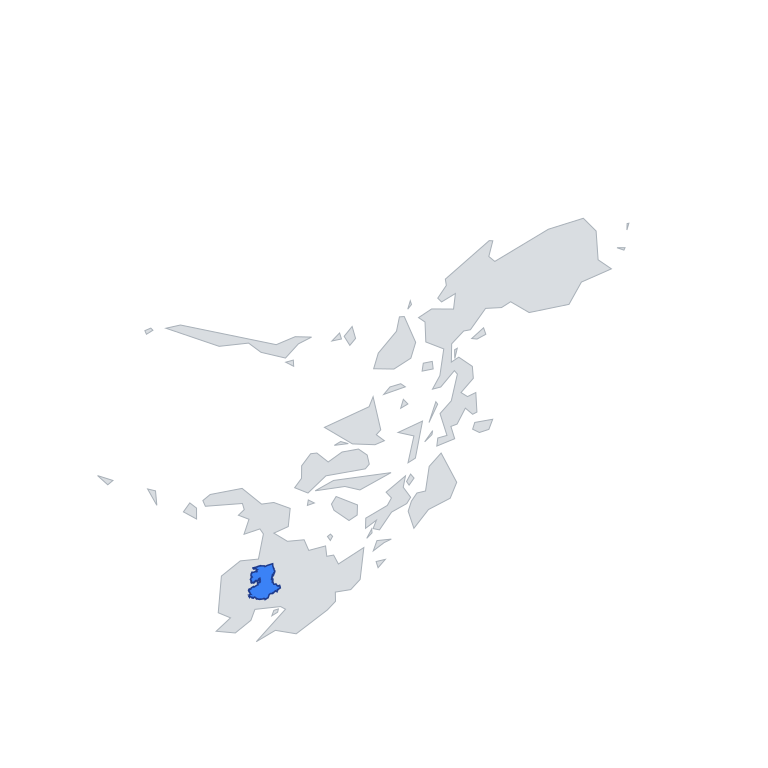 location of Cotabato, Cotabato, Philippines, rotated 59°
{"feature_id": "2640588B30235147478886", "entity_name": "Cotabato", "entity_type": "district", "adm_level": 2, "iso_a3": "PHL", "parent_name": "Philippines", "parent_adm1": "Cotabato", "projection": "natural_earth1", "projection_center": [124.836, 7.183], "detail": "fine", "context": "in_parent", "style": "filled", "palette": "blue", "viewbox_px": 768, "rotation_deg": 59, "n_neighbors": 0, "source": "geoboundaries", "source_scale": "gbopen_adm2", "svg_char_len": 8784}
<svg xmlns="http://www.w3.org/2000/svg" viewBox="0 0 768 768"><g transform="rotate(59 384 384)"><path d="M362.1,123.4L387.8,136.5L402.4,129.8L398.3,162.3L411.0,184.4L397.5,222.8L378.7,233.1L379.0,243.9L371.5,258.0L382.0,282.0L379.6,288.4L384.4,305.3L399.9,315.0L399.5,306.1L414.4,299.2L425.1,304.5L431.0,322.4L437.8,318.9L438.6,309.7L455.9,318.8L455.6,323.6L446.6,326.7L456.0,342.0L454.8,348.5L467.3,351.6L464.4,370.7L458.0,365.7L460.5,356.5L438.2,351.2L433.1,335.0L413.3,316.0L408.8,316.8L415.8,336.9L413.4,345.1L405.6,331.8L384.7,314.7L369.5,326.5L352.0,316.9L344.9,320.2L344.2,304.5L355.6,285.8L343.2,276.2L343.3,292.4L338.1,293.7L331.6,279.8L325.7,277.4L315.3,220.0L317.3,217.0L328.7,228.5L336.0,225.9L336.0,163.4L344.6,127.8L362.1,123.4ZM513.8,485.5L539.2,505.1L543.1,518.4L537.3,532.9L545.3,537.5L548.5,548.9L552.9,587.9L539.2,604.0L539.1,626.2L526.3,584.4L521.5,587.3L510.7,610.7L518.0,619.8L520.8,639.7L509.5,655.2L505.4,636.0L494.7,643.9L464.9,622.3L461.6,598.3L469.4,581.8L450.4,564.6L444.3,565.0L440.7,581.4L430.4,569.4L421.5,576.4L419.7,568.5L413.5,566.9L396.8,600.1L390.6,599.3L389.2,589.9L400.4,559.4L423.9,550.8L428.8,539.5L442.3,528.5L456.9,539.5L455.1,555.2L469.1,547.8L476.4,532.7L487.9,534.2L492.7,517.5L502.2,521.8L504.7,515.3L514.8,515.8L513.8,485.5ZM438.3,505.3L426.9,514.0L422.4,503.3L411.7,496.7L406.0,482.8L408.6,477.1L422.1,472.0L420.7,455.0L426.6,439.4L436.2,435.0L445.1,437.9L447.1,443.7L432.8,481.1L438.3,505.3ZM505.7,372.3L516.0,386.1L514.5,410.5L523.1,432.7L505.5,428.8L498.5,420.8L494.4,411.9L497.1,403.5L477.9,387.7L472.6,370.6L505.7,372.3ZM389.3,399.9L421.6,410.4L423.5,416.7L432.8,412.9L431.4,423.0L419.1,441.9L390.5,457.4L395.8,408.5L389.3,399.9ZM266.8,505.9L223.9,542.2L228.6,528.1L294.8,456.1L297.7,435.8L306.5,421.9L305.5,436.7L311.0,455.1L293.5,473.1L279.2,479.0L266.8,505.9ZM336.6,331.9L364.6,335.4L375.7,347.7L376.3,367.8L365.6,385.0L354.6,373.0L345.2,346.1L334.4,336.2L336.6,331.9ZM482.4,420.7L494.8,419.5L498.2,426.1L497.7,443.5L506.7,463.0L502.3,467.8L496.8,460.6L498.2,474.2L489.6,468.7L489.8,443.7L485.5,436.3L477.8,437.9L473.8,412.9L482.4,420.7ZM440.1,498.0L440.7,476.9L463.6,423.6L462.4,459.2L451.7,470.3L440.1,498.0ZM483.0,484.3L466.5,491.9L459.9,490.9L455.8,483.0L474.0,469.0L482.5,474.5L483.0,484.3ZM435.6,370.1L463.7,395.3L463.9,404.0L443.9,385.1L432.8,396.9L435.6,370.1ZM474.7,327.2L468.4,331.3L463.7,326.0L470.2,309.0L476.9,317.5L474.7,327.2ZM403.2,614.2L390.3,621.8L385.9,611.7L393.8,608.6L403.2,614.2ZM318.3,381.7L330.3,384.9L333.3,393.4L322.6,393.6L318.3,381.7ZM389.5,331.0L396.4,334.1L392.6,344.7L386.4,339.6L389.5,331.0ZM357.9,634.9L371.0,641.2L352.2,640.7L357.9,634.9ZM521.5,479.1L514.6,470.7L520.7,457.6L520.0,465.6L521.5,479.1ZM397.4,367.2L392.8,389.6L389.6,380.4L392.4,369.5L397.4,367.2ZM327.1,666.0L328.1,672.7L315.0,676.7L327.1,666.0ZM393.8,271.1L393.4,281.1L390.2,285.4L387.1,269.7L393.8,271.1ZM416.7,445.3L411.0,458.2L411.0,450.8L416.7,445.3ZM323.5,397.3L320.3,406.5L317.4,395.8L323.5,397.3ZM483.6,414.6L479.2,414.9L474.9,407.6L480.1,406.7L483.6,414.6ZM413.4,373.8L413.4,382.2L407.1,375.3L413.4,373.8ZM538.4,483.7L532.1,482.2L535.0,473.2L538.4,483.7ZM428.9,348.4L440.2,365.3L425.9,348.7L428.9,348.4ZM322.3,452.3L314.7,457.0L316.8,449.4L322.3,452.3ZM450.1,505.0L448.6,512.2L444.4,508.6L450.1,505.0ZM452.1,369.0L454.5,378.9L449.0,366.3L452.1,369.0ZM219.0,562.0L215.1,561.5L216.0,555.1L218.9,554.4L219.0,562.0ZM490.5,510.6L485.6,511.0L485.1,507.2L488.1,506.5L490.5,510.6ZM524.9,599.5L521.3,595.0L522.4,590.4L524.8,592.7L524.9,599.5ZM330.0,319.5L332.1,325.1L326.2,318.6L330.0,319.5ZM505.4,470.9L507.4,478.3L501.9,469.2L505.4,470.9ZM392.8,109.4L387.2,114.1L391.3,107.2L392.8,109.4ZM398.6,310.2L391.0,305.8L391.1,302.8L398.6,310.2ZM372.3,91.3L377.1,96.5L371.7,93.0L372.3,91.3Z" fill="#d9dde1" stroke="#a8b0b8" stroke-width="1"/><path d="M490.3,576.7L490.2,576.7L490.2,576.3L490.0,576.2L489.9,575.9L489.6,575.9L489.4,575.8L489.2,575.7L489.3,575.5L489.2,575.4L489.3,575.3L489.3,575.1L489.2,575.1L488.9,575.1L488.8,574.6L488.7,574.5L488.6,574.4L488.4,574.3L488.4,574.2L488.2,573.9L487.9,573.9L487.5,573.8L487.3,573.9L486.8,574.0L486.7,573.9L485.9,573.7L485.7,573.5L485.4,573.6L485.3,573.4L485.1,573.5L484.9,573.4L482.9,573.1L480.7,572.0L479.4,577.4L479.2,580.1L478.4,580.1L476.7,582.8L476.4,583.2L476.3,583.6L476.1,583.5L475.4,585.9L475.5,586.3L475.4,586.3L475.0,588.4L474.6,589.4L474.6,589.8L474.1,590.9L474.1,591.1L474.6,591.2L475.4,591.1L475.7,590.7L476.0,588.9L476.5,588.9L476.5,589.0L476.8,589.0L476.8,588.7L477.1,588.6L477.1,588.8L477.3,588.7L477.5,588.7L477.8,588.4L477.8,588.6L478.0,588.6L478.0,589.5L479.4,589.5L479.3,589.9L479.1,589.9L479.1,590.2L478.8,590.3L478.5,591.0L478.3,592.6L477.3,594.2L477.3,594.3L477.6,594.3L478.2,594.8L478.3,595.0L478.2,595.4L478.3,595.7L478.5,595.8L478.8,596.1L479.3,596.3L479.5,596.5L479.8,596.8L480.0,596.8L480.3,596.7L480.5,596.8L480.7,596.4L480.9,596.4L481.0,596.4L480.8,596.6L481.0,596.8L481.3,597.2L481.6,597.0L481.8,597.1L481.7,597.7L482.5,598.7L482.7,599.2L483.5,599.3L483.8,599.0L484.2,599.0L484.4,599.4L484.7,599.5L484.9,599.8L485.0,599.8L485.2,599.6L485.5,599.9L485.5,600.1L485.9,600.2L486.0,600.2L486.0,599.9L486.4,599.9L486.4,599.5L486.3,599.3L486.2,599.1L486.6,599.0L486.8,598.7L487.0,598.8L487.1,598.7L486.9,598.5L486.9,598.4L487.0,598.2L487.4,598.2L487.5,598.1L487.5,597.9L487.2,597.9L487.0,597.7L487.3,597.5L487.4,597.3L487.0,597.0L487.2,596.7L486.8,596.4L486.9,595.9L486.5,595.9L486.4,595.7L486.4,595.3L486.4,595.0L486.5,595.0L486.8,595.2L487.2,594.8L487.2,594.5L487.0,594.2L487.1,593.9L487.3,593.8L487.3,594.5L487.6,594.5L487.6,594.2L487.9,594.1L487.7,593.8L487.7,593.6L487.9,593.5L488.0,593.6L487.9,593.2L487.8,593.3L487.6,593.0L487.8,592.9L487.8,592.6L487.7,592.6L487.4,592.7L487.3,592.3L487.0,592.2L486.9,592.1L486.7,592.1L486.5,591.9L486.7,592.0L486.7,591.9L486.7,591.5L486.5,591.4L486.7,591.0L486.5,590.8L486.5,590.6L486.8,590.8L486.9,590.6L487.5,590.6L487.9,590.9L488.3,591.4L488.5,591.5L488.8,591.9L489.3,591.6L489.5,592.0L489.8,592.3L490.1,592.4L490.2,592.9L490.0,593.0L489.8,592.6L489.6,592.6L489.7,593.0L489.7,593.5L489.8,593.9L489.3,594.4L489.3,594.9L490.3,595.1L491.2,595.4L491.0,596.2L491.1,600.1L490.4,600.1L490.4,601.6L490.4,602.8L491.0,603.5L491.2,603.9L491.0,604.0L490.9,604.2L490.7,604.4L490.5,604.5L490.4,605.5L491.1,605.5L491.1,606.4L491.3,606.5L492.2,606.6L492.2,606.3L492.8,606.3L493.4,606.3L493.4,606.6L493.5,606.6L494.8,606.6L495.3,606.5L495.2,606.6L495.4,606.7L495.4,606.8L495.6,606.8L495.4,608.0L495.5,607.9L495.5,608.0L495.7,608.5L495.9,608.6L496.1,608.8L496.1,608.6L496.3,608.7L496.3,608.8L496.5,608.9L496.4,609.0L496.6,608.9L496.7,609.1L497.0,609.0L497.2,608.9L497.5,609.0L497.4,608.8L497.6,608.8L497.6,607.9L499.1,607.3L499.2,606.6L499.3,606.6L499.3,606.8L499.6,606.7L499.7,607.0L500.3,606.4L500.1,606.1L499.9,605.9L499.9,605.5L500.0,605.5L500.1,605.2L499.9,604.9L500.1,604.5L500.5,604.6L501.1,604.4L501.8,603.8L502.1,603.9L502.3,604.0L502.6,604.0L502.7,603.7L502.8,603.8L502.9,603.6L502.9,603.4L503.1,603.2L503.1,602.8L503.4,602.7L503.6,602.6L503.8,602.5L504.0,602.1L504.3,601.7L504.6,601.5L504.5,601.2L504.8,600.9L504.8,600.6L505.0,600.5L505.0,600.2L505.3,599.9L505.5,599.4L506.0,598.0L506.3,597.7L506.1,597.4L506.4,597.3L506.4,597.2L506.4,596.8L506.6,596.7L507.0,596.8L507.1,596.7L507.3,596.6L507.5,596.7L507.4,596.1L507.5,595.9L507.6,595.6L507.5,595.4L507.4,594.4L507.6,593.7L507.4,593.3L505.3,590.8L505.2,589.4L505.3,588.7L505.7,588.5L505.8,588.0L506.0,587.8L506.3,587.4L506.2,586.8L505.7,586.6L506.0,586.0L505.9,585.9L505.9,585.5L505.6,585.0L505.7,584.6L505.7,584.3L505.3,583.9L505.3,583.5L507.0,582.7L506.9,582.6L506.7,582.5L506.6,582.3L506.4,582.4L506.2,581.7L505.5,581.5L505.4,581.2L505.8,581.1L505.7,580.8L505.6,580.5L505.5,579.4L505.4,579.4L505.3,579.0L505.2,578.8L505.2,578.7L505.4,578.4L505.4,577.9L504.0,577.4L503.0,577.2L503.1,577.5L502.9,577.8L503.0,577.8L502.9,578.2L502.9,578.3L502.8,579.0L501.9,579.1L501.7,579.5L499.7,579.6L499.6,580.3L499.2,581.2L498.9,581.5L498.8,581.4L498.3,581.5L498.2,581.5L497.8,581.5L497.5,581.4L497.4,581.5L497.2,581.5L496.8,581.5L496.7,581.3L496.5,581.5L496.4,581.5L496.2,581.3L495.9,581.2L495.9,581.3L495.6,581.0L495.4,581.1L495.3,580.9L495.1,580.5L495.0,580.3L494.9,580.3L494.8,580.2L494.7,580.4L494.5,580.6L494.2,580.7L494.0,580.8L493.9,580.9L493.8,581.1L493.8,580.9L493.6,581.1L493.4,580.9L493.2,580.8L493.1,580.7L493.1,580.2L493.0,580.3L492.9,580.2L492.9,580.3L492.8,580.2L492.7,580.3L492.5,580.2L492.4,580.1L492.2,580.0L492.2,579.8L491.9,579.5L491.6,579.4L491.7,579.2L491.8,579.0L491.7,578.6L491.4,578.3L491.2,577.9L491.0,577.7L490.9,577.8L490.9,577.6L490.5,577.8L490.5,578.0L489.9,578.3L490.0,578.2L489.9,578.0L490.1,577.8L490.0,577.7L490.3,577.6L490.2,577.5L490.2,577.3L490.4,577.3L490.4,577.1L490.3,576.9L490.3,576.7Z" fill="#3b82f6" stroke="#1e3a8a" stroke-width="1.5"/></g></svg>